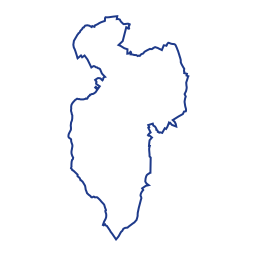 Sanmihaiu De Campie, Bistrita-Nasaud, Romania (Robinson projection), rotated 271°
{"feature_id": "2599482B31032978484470", "entity_name": "Sanmihaiu De Campie", "entity_type": "district", "adm_level": 2, "iso_a3": "ROU", "parent_name": "Romania", "parent_adm1": "Bistrita-Nasaud", "projection": "robinson", "projection_center": [24.329, 46.892], "detail": "fine", "context": "isolated", "style": "outline", "palette": "blue", "viewbox_px": 256, "rotation_deg": 271, "n_neighbors": 0, "source": "geoboundaries", "source_scale": "gbopen_adm2", "svg_char_len": 5725}
<svg xmlns="http://www.w3.org/2000/svg" viewBox="0 0 256 256"><g transform="rotate(271 128 128)"><path d="M213.9,166.8L212.9,165.9L212.3,165.6L211.4,165.3L210.9,165.0L211.1,164.4L211.3,162.3L206.5,160.5L207.5,158.5L207.5,158.3L208.6,156.2L208.9,155.0L209.2,154.2L209.3,154.0L209.2,153.4L209.0,152.9L208.3,152.0L208.2,151.6L208.1,151.4L207.7,151.2L207.3,150.5L207.3,149.5L207.3,149.1L207.5,148.6L206.0,145.7L205.0,144.0L204.5,143.2L202.7,141.8L202.1,140.1L201.4,139.4L200.9,139.0L200.3,138.5L200.6,137.7L200.4,137.1L200.1,136.5L201.0,135.2L201.1,132.9L201.4,131.8L201.6,131.0L201.7,129.4L203.2,129.8L204.2,129.4L204.3,129.2L203.3,128.5L202.6,127.6L202.5,127.4L202.3,126.0L206.7,126.1L207.7,122.9L210.0,119.1L210.8,117.1L214.8,121.2L228.7,124.5L227.3,126.7L227.3,127.2L227.6,127.4L229.0,126.9L229.7,127.0L230.9,127.3L230.8,127.6L231.7,127.9L232.1,127.0L232.3,126.2L231.9,123.0L231.8,122.1L231.8,121.7L234.0,119.3L235.1,118.5L236.0,118.1L236.3,117.9L236.7,116.6L236.8,115.8L236.7,114.9L239.6,115.3L239.1,111.3L238.4,107.0L238.3,105.7L238.3,103.6L237.4,103.1L235.9,103.1L235.5,103.0L234.8,103.1L234.5,102.7L234.2,101.7L233.3,99.3L232.4,97.5L232.0,96.9L231.5,96.2L230.8,94.9L229.9,93.0L229.2,92.9L228.6,92.7L228.9,91.6L229.3,90.5L228.3,89.9L229.6,87.6L230.0,85.5L229.6,83.4L228.6,82.6L227.8,82.1L227.8,81.6L227.2,80.9L226.4,80.6L225.7,80.0L224.2,78.6L223.0,78.2L222.2,77.4L221.8,76.8L221.1,76.5L220.5,75.9L214.2,72.4L210.3,71.9L207.6,72.4L206.1,73.2L204.1,74.0L198.8,75.8L197.5,76.1L196.8,76.4L199.7,79.7L197.9,80.9L199.7,83.3L195.8,86.3L187.9,90.3L188.9,91.8L189.3,92.6L189.2,93.2L189.0,93.7L188.3,94.7L188.1,95.1L188.0,96.1L187.4,96.8L187.2,97.2L187.1,97.9L186.7,98.6L186.4,99.0L185.8,99.3L182.5,100.7L181.5,101.4L178.7,104.2L178.4,103.2L177.8,102.6L175.9,102.1L175.2,101.6L176.0,100.6L176.6,100.2L177.1,99.5L177.3,98.6L177.4,97.6L177.3,96.9L175.6,94.4L175.1,94.8L175.0,95.0L174.8,95.0L174.7,94.9L174.4,95.3L173.7,95.7L173.1,95.7L172.5,95.3L172.1,95.3L171.7,95.4L171.4,95.6L169.6,98.3L169.2,99.0L167.0,97.5L167.8,96.0L168.6,95.1L167.9,94.5L167.1,95.3L166.0,96.8L163.1,94.9L163.0,94.7L162.2,93.7L161.6,92.7L161.4,92.2L161.3,91.1L161.1,90.7L160.5,89.9L160.6,89.5L160.4,89.3L159.9,89.2L159.5,88.9L159.3,88.4L158.1,87.4L157.2,87.1L156.5,86.5L156.5,86.3L156.8,85.5L156.5,85.3L155.8,82.8L155.8,79.8L156.1,78.9L156.0,78.5L156.1,77.6L156.3,77.0L156.4,76.6L156.1,76.2L155.6,75.5L155.1,74.7L152.5,72.4L152.1,72.2L151.6,71.8L151.2,71.6L150.2,71.1L149.1,70.9L148.3,70.8L147.6,70.8L146.6,70.9L144.8,70.7L144.2,70.8L143.4,70.9L142.7,71.2L141.9,71.4L140.8,71.6L139.7,72.1L139.2,72.1L136.6,72.1L134.6,71.8L133.5,71.4L132.5,71.0L131.5,70.9L129.2,70.7L128.1,70.9L126.2,71.0L125.2,70.9L121.9,69.3L120.7,68.8L119.5,68.6L118.3,68.6L117.6,68.9L116.9,69.6L116.2,70.8L115.6,71.3L113.8,71.4L112.4,71.8L111.1,72.3L109.9,72.7L108.5,72.7L103.7,71.9L102.1,71.9L101.0,72.1L98.8,72.9L97.4,73.7L95.9,73.4L95.0,72.6L94.8,72.6L93.7,72.3L92.8,72.2L91.0,72.1L89.1,72.1L88.5,72.2L86.8,71.7L86.5,72.0L85.7,72.7L85.3,72.9L85.1,72.9L85.0,73.2L84.6,73.6L84.6,73.9L84.1,74.5L80.6,78.3L80.3,78.5L79.1,78.3L78.3,79.1L78.1,79.5L77.9,79.7L76.9,80.7L75.0,81.4L75.0,81.5L74.9,82.1L73.9,83.0L73.8,83.3L73.6,83.5L73.3,83.7L71.7,84.7L70.6,85.4L69.6,86.0L68.5,86.3L65.6,86.8L64.0,87.5L62.4,88.1L62.1,88.2L61.9,88.4L61.5,88.9L60.6,89.8L59.4,91.6L59.1,91.7L58.5,92.3L58.2,92.5L58.0,93.2L58.8,95.0L58.5,95.6L58.3,95.7L58.1,96.0L58.1,96.3L58.2,97.7L58.1,98.5L56.6,100.2L55.1,101.7L54.2,102.4L51.5,105.0L50.9,105.5L50.3,105.7L47.8,106.5L45.8,107.3L45.5,107.4L45.3,107.4L45.1,107.2L44.8,106.8L44.5,106.8L43.9,106.9L41.6,107.7L40.1,107.8L38.4,107.7L36.6,107.1L34.1,105.8L30.6,104.6L30.3,105.3L30.5,105.4L31.3,106.7L30.4,107.2L29.9,108.0L29.7,108.6L25.3,111.7L24.0,112.4L21.9,114.1L16.4,118.0L18.1,119.4L19.7,120.6L22.6,122.1L23.7,122.7L24.3,123.2L25.1,124.1L26.7,124.9L27.2,125.2L27.4,125.6L28.1,126.9L28.4,129.3L29.3,130.2L32.5,134.3L33.7,136.0L36.3,138.2L36.9,138.3L37.8,138.6L39.9,139.1L40.8,139.2L41.2,139.1L42.3,139.2L43.2,139.2L48.5,140.2L50.5,140.7L56.7,142.2L58.0,142.6L58.6,142.5L59.4,142.3L60.3,141.8L61.0,141.7L62.1,141.9L63.5,142.4L64.4,142.9L65.4,143.6L66.3,144.3L67.9,143.2L70.5,146.8L71.2,149.7L72.7,147.6L73.9,146.7L75.0,146.2L78.0,146.5L78.7,146.7L79.9,147.0L81.2,147.6L81.8,148.2L82.1,148.6L82.4,149.0L82.6,149.5L83.1,150.0L83.4,150.4L83.6,151.2L98.8,151.2L99.4,150.7L99.7,150.2L99.9,150.1L100.9,150.0L101.9,150.0L105.9,149.6L107.5,149.5L108.5,149.6L110.4,150.1L110.4,149.3L113.4,149.5L116.1,149.8L116.7,150.3L118.9,152.1L119.3,151.5L120.3,150.4L120.7,149.6L120.9,149.1L120.7,148.6L121.2,148.1L122.8,149.3L123.9,150.7L124.8,150.2L128.6,148.3L129.2,149.2L131.3,148.2L132.8,152.7L131.0,153.2L130.8,153.4L129.9,155.0L128.4,156.0L127.6,156.4L126.7,156.3L126.3,157.2L126.0,157.5L125.4,157.8L124.7,157.8L124.5,158.1L124.5,158.6L124.5,158.8L124.4,159.0L124.2,159.2L123.9,159.3L123.9,159.6L124.1,160.0L124.2,160.5L124.0,161.3L123.7,162.3L128.4,164.8L127.7,166.1L130.0,167.4L134.1,168.9L133.3,169.7L133.8,170.2L131.9,171.8L130.3,176.2L132.8,175.7L134.9,174.6L136.7,172.6L140.4,178.3L142.9,182.6L145.4,183.7L145.7,185.5L146.2,185.7L147.4,185.7L148.0,185.6L148.6,185.5L149.8,185.1L151.0,184.8L154.4,184.2L155.3,184.1L156.2,184.2L158.6,184.6L159.6,184.9L160.4,185.2L162.9,184.0L165.9,185.4L168.3,185.9L169.8,186.0L171.4,185.7L174.3,185.4L175.1,185.6L177.3,186.3L180.2,187.1L180.8,187.4L181.5,185.6L183.2,186.0L183.9,183.2L185.3,183.3L185.5,183.1L186.7,183.0L188.2,183.2L189.7,182.2L191.4,181.2L193.2,180.2L194.7,179.6L196.2,179.6L197.1,179.5L199.2,178.9L200.6,178.4L201.3,178.2L202.8,177.7L206.1,176.6L207.1,176.1L208.5,175.6L211.3,174.3L212.1,173.8L212.6,172.9L212.7,172.5L212.8,171.0L213.0,169.7L213.8,167.5L213.9,166.8Z" fill="none" stroke="#1e3a8a" stroke-width="2"/></g></svg>